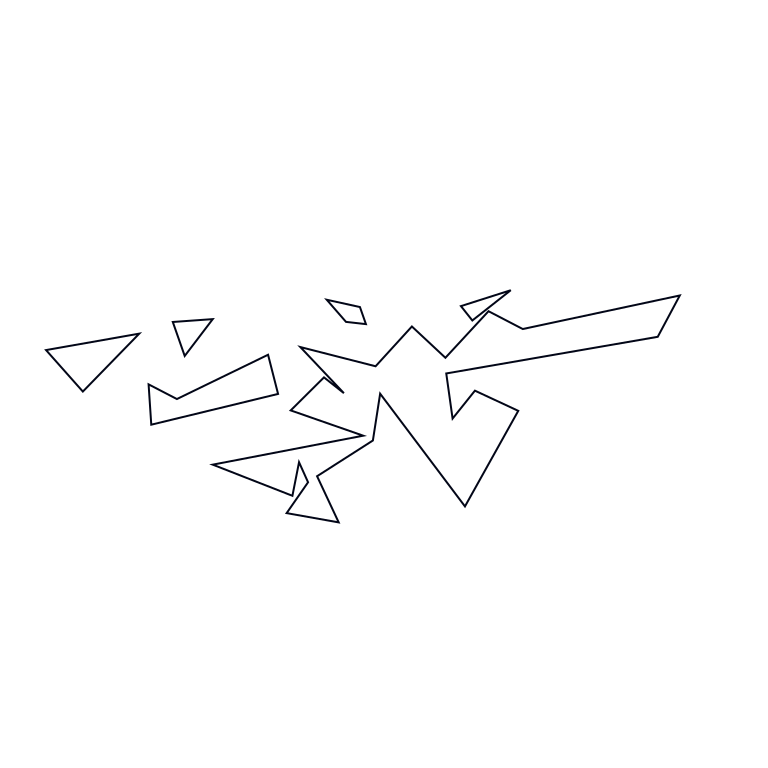 an SVG outline of Shetland Islands, rotated 251°
{"feature_id": "GBR-2747", "entity_name": "Shetland Islands", "entity_type": "Unitary District (city)", "adm_level": 1, "iso_a3": "GBR", "parent_name": "United Kingdom", "parent_adm1": "", "projection": "albers", "projection_center": [-1.232, 60.181], "detail": "coarse", "context": "isolated", "style": "outline", "palette": "ink", "viewbox_px": 768, "rotation_deg": 251, "n_neighbors": 0, "source": "natural_earth", "source_scale": "10m", "svg_char_len": 769}
<svg xmlns="http://www.w3.org/2000/svg" viewBox="0 0 768 768"><g transform="rotate(251 384 384)"><path d="M388.4,343.1L446.2,316.9L403.5,381.8L429.3,429.1L388.8,450.6L418.8,506.5L390.8,533.1L371.4,692.5L339.5,658.2L373.7,446.3L329.0,437.6L348.1,467.8L314.9,502.2L241.9,420.7L376.1,377.2L334.2,355.1L318.6,290.7L267.9,296.1L293.6,249.9L315.8,280.2L337.7,278.2L308.1,261.0L363.5,195.8L341.9,347.5L389.4,287.2L409.8,329.4L388.4,343.1ZM460.3,161.3L437.2,183.3L449.4,283.9L409.1,280.6L421.3,150.7L460.3,161.3ZM511.3,169.0L474.9,96.8L526.1,75.5L511.3,169.0ZM511.4,204.5L501.1,243.2L475.4,204.7L511.4,204.5ZM432.6,482.1L431.4,534.4L415.3,488.2L432.6,482.1ZM482.3,357.3L464.6,386.3L446.5,386.4L455.1,368.3L482.3,357.3Z" fill="none" stroke="#020617" stroke-width="2"/></g></svg>